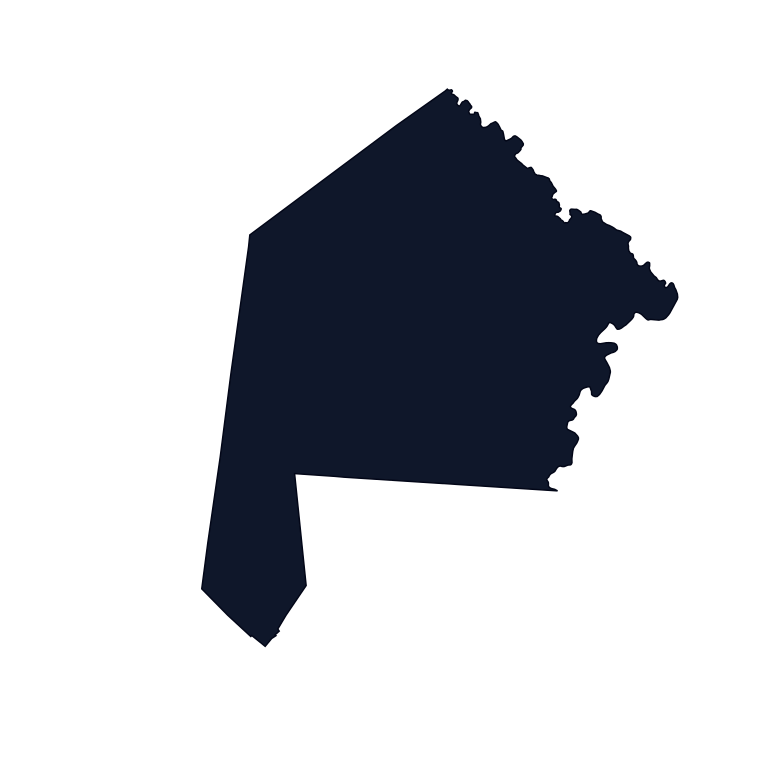 the district of Doctor Coss, Nuevo León, Mexico, rotated 133°
{"feature_id": "50627088B25752272792370", "entity_name": "Doctor Coss", "entity_type": "district", "adm_level": 2, "iso_a3": "MEX", "parent_name": "Mexico", "parent_adm1": "Nuevo León", "projection": "albers", "projection_center": [-99.12, 25.971], "detail": "fine", "context": "isolated", "style": "filled", "palette": "ink", "viewbox_px": 768, "rotation_deg": 133, "n_neighbors": 0, "source": "geoboundaries", "source_scale": "gbopen_adm2", "svg_char_len": 6159}
<svg xmlns="http://www.w3.org/2000/svg" viewBox="0 0 768 768"><g transform="rotate(133 384 384)"><path d="M120.5,483.3L124.1,483.6L126.3,484.3L126.8,484.6L128.8,486.3L129.2,487.6L129.0,489.4L128.7,490.0L128.3,490.6L126.5,491.8L124.3,494.4L123.3,497.6L122.8,498.2L121.7,500.4L121.8,500.7L122.7,501.8L123.2,502.8L123.6,502.9L124.1,502.5L124.6,502.3L125.3,502.3L125.8,502.5L126.7,503.6L128.0,504.9L128.0,505.8L127.2,507.6L126.5,508.3L124.4,508.6L122.4,508.4L121.6,508.8L121.2,509.4L121.1,510.8L120.6,512.3L120.4,514.1L120.1,515.1L120.1,516.5L120.5,517.2L121.0,518.0L122.6,518.2L124.3,519.0L125.3,518.9L128.1,518.3L129.0,518.3L129.5,518.6L129.7,519.1L129.8,520.6L129.6,521.6L129.3,522.0L128.8,522.4L128.2,522.8L126.3,523.4L125.4,523.9L124.8,524.5L124.5,525.2L124.8,527.4L124.8,530.1L125.5,531.7L125.6,532.2L125.6,532.9L125.5,533.2L125.1,533.4L123.7,533.4L123.2,533.6L122.9,534.1L122.8,535.0L122.9,535.4L124.3,536.3L124.7,536.8L125.2,537.8L125.2,538.8L128.2,539.1L186.5,551.2L366.5,583.8L376.0,576.6L480.3,503.4L548.8,454.2L620.5,404.4L658.1,377.6L659.7,340.3L659.5,309.2L658.1,309.2L656.9,292.0L646.7,292.6L641.8,291.4L641.9,292.6L636.2,292.1L635.6,294.6L619.8,298.0L584.5,303.5L510.5,388.3L485.0,356.9L479.4,349.7L343.8,184.2L344.6,187.3L346.0,189.8L346.5,190.9L346.8,192.2L346.8,192.7L346.7,193.6L346.2,194.5L344.4,196.1L343.8,196.9L343.1,199.6L342.2,200.2L341.7,200.3L339.4,200.2L338.3,200.7L336.6,200.8L335.7,200.7L332.7,199.7L331.3,199.5L328.0,200.2L325.7,200.2L324.7,199.8L323.7,199.1L322.9,197.5L322.0,196.4L321.3,195.8L317.9,194.2L316.0,192.5L315.3,192.3L314.5,192.4L313.3,192.9L310.8,195.4L309.8,196.2L304.6,200.0L301.7,201.7L298.9,202.3L296.0,202.7L294.3,203.2L292.2,204.0L291.6,204.3L290.7,205.2L290.1,206.7L289.7,211.0L290.2,212.9L292.0,218.7L292.0,219.1L291.6,220.2L290.6,221.2L286.8,223.5L286.0,223.7L284.9,223.6L284.0,223.2L282.0,221.8L281.3,221.6L280.5,221.5L278.8,221.9L276.5,221.9L275.4,222.3L274.8,222.7L273.7,224.1L273.1,225.1L272.8,226.0L272.7,226.7L272.8,227.6L273.6,229.6L273.9,230.9L273.6,232.0L273.3,232.4L272.6,232.7L271.3,232.8L268.7,232.7L267.0,233.0L262.9,232.8L261.6,233.0L258.9,233.8L255.8,235.4L254.3,235.8L252.3,235.6L251.5,235.4L250.0,234.7L247.5,233.3L245.9,231.9L245.8,231.4L246.0,230.8L247.8,227.3L250.0,225.0L250.2,223.8L249.9,222.8L249.6,221.8L249.0,220.8L248.2,220.0L247.7,219.6L245.4,219.3L244.1,219.3L240.2,219.9L234.3,221.5L230.9,221.7L229.3,222.0L227.0,223.0L221.0,226.5L220.1,227.4L218.2,230.4L216.5,235.1L215.2,239.4L214.6,240.4L214.1,240.8L212.7,241.1L210.9,240.8L206.4,239.1L204.3,237.8L202.5,237.1L200.1,237.0L199.2,237.3L197.9,238.5L196.9,240.5L196.8,241.8L197.2,243.5L198.8,245.8L200.4,247.7L202.3,249.6L207.0,253.2L208.1,254.7L208.5,255.6L208.5,256.4L208.1,257.5L206.9,258.7L205.4,259.6L203.5,260.1L201.8,260.5L198.5,260.6L192.8,260.2L191.1,260.2L189.3,260.4L186.3,261.2L185.3,261.0L184.8,260.6L184.6,260.1L184.0,258.2L183.8,256.6L183.9,255.0L184.4,253.3L184.8,251.3L184.8,250.8L184.1,250.0L183.4,249.4L182.3,248.9L181.1,248.5L177.7,247.9L175.9,247.4L169.2,247.0L167.0,247.0L165.1,247.3L164.1,247.7L162.7,248.8L161.8,249.1L160.6,249.1L159.7,248.7L159.0,247.9L158.1,246.1L157.6,244.2L157.4,243.0L157.5,237.2L157.3,235.1L157.0,234.6L156.6,234.1L155.7,233.7L154.8,232.9L149.7,226.4L148.6,225.7L146.7,224.1L145.4,223.5L143.4,223.0L139.4,223.1L137.1,223.4L122.0,227.3L120.3,228.3L118.1,230.8L115.9,235.1L115.3,237.1L113.9,239.6L113.4,241.1L113.6,242.2L113.8,242.6L114.5,243.1L115.9,243.3L119.7,242.7L121.3,243.5L121.6,243.9L121.4,245.3L121.0,245.9L119.9,246.6L118.6,246.6L118.1,246.9L117.4,248.2L117.2,249.5L117.4,250.1L117.7,250.5L120.1,251.9L120.6,252.4L121.1,253.3L121.2,254.9L120.5,257.5L120.8,260.3L120.1,265.5L119.0,268.0L118.3,269.1L116.4,270.3L114.6,272.0L114.3,272.5L114.5,273.3L114.8,274.0L115.6,274.6L117.4,274.9L119.8,275.0L120.8,275.3L121.8,275.8L122.8,276.7L123.6,277.8L123.9,278.5L124.0,279.6L123.6,280.9L122.6,282.1L122.1,283.4L121.8,285.0L121.8,286.9L121.5,287.6L119.8,289.6L119.4,290.5L119.5,291.3L120.2,292.7L120.3,293.2L119.6,295.9L117.7,298.2L117.1,298.6L116.3,299.4L115.2,301.0L114.6,301.5L114.0,301.9L113.1,302.1L112.1,302.3L110.9,302.2L110.0,302.4L108.9,303.2L108.5,303.6L108.3,304.1L108.4,305.7L110.3,312.7L110.8,315.2L112.5,318.4L112.8,319.1L113.1,322.3L113.5,324.2L114.5,327.6L115.2,329.1L115.7,330.7L116.0,332.7L116.3,333.9L116.3,334.5L116.2,335.2L114.9,338.1L113.6,339.2L113.0,340.5L113.0,341.5L113.7,343.4L114.5,346.8L116.3,351.0L116.9,351.4L119.2,351.3L119.9,351.4L122.8,353.1L124.7,354.6L124.8,355.0L124.7,355.9L124.0,357.4L124.3,360.3L124.6,361.6L124.9,362.3L126.2,363.6L128.2,366.1L128.7,366.5L129.7,366.6L130.3,366.5L130.6,366.3L132.2,364.3L133.1,363.6L133.1,362.9L132.9,362.2L133.0,361.5L133.8,360.7L134.5,360.4L135.4,360.2L137.5,360.2L138.2,359.8L139.8,359.5L141.1,359.8L142.2,361.3L142.9,361.5L143.1,361.8L143.2,362.5L142.9,363.9L142.9,365.1L143.3,366.3L142.9,367.7L143.0,371.2L143.4,372.1L144.4,373.4L144.3,374.0L143.9,374.4L142.5,375.0L141.6,375.1L140.9,375.0L139.5,373.7L137.3,373.1L136.3,373.3L135.1,373.8L134.9,374.3L135.2,375.5L135.0,376.5L134.3,377.3L133.5,377.7L132.2,379.7L132.2,380.8L132.7,381.9L131.9,383.6L131.9,384.4L132.3,385.1L133.2,385.6L133.8,386.2L133.9,387.0L133.8,388.1L133.4,388.6L132.4,388.8L131.0,389.5L130.0,389.9L127.4,389.7L125.6,389.3L125.0,389.8L124.5,391.5L124.0,395.3L122.6,399.0L122.3,401.4L121.3,403.0L121.4,404.7L121.8,405.3L123.7,410.0L124.9,411.6L125.8,413.2L126.8,414.1L127.0,415.3L127.4,416.3L127.4,416.7L126.5,419.6L126.0,420.3L125.7,421.0L125.2,423.7L125.3,424.2L125.9,424.7L126.9,425.3L128.1,425.8L128.3,425.9L128.6,426.4L129.1,431.9L128.9,433.8L129.1,435.2L129.4,439.2L129.3,440.2L128.9,441.6L128.8,443.0L128.3,444.0L127.4,444.4L126.1,444.6L125.1,444.5L124.1,443.9L123.2,443.7L120.2,443.7L119.0,443.9L117.8,444.9L114.4,445.1L113.4,445.8L113.2,446.2L112.5,448.5L112.2,450.4L112.6,455.4L113.0,457.1L113.3,457.5L114.0,458.0L114.9,458.3L117.3,458.3L118.9,458.8L122.6,460.3L122.9,460.5L123.2,461.2L123.2,461.8L122.9,462.8L119.7,467.1L118.2,469.4L118.1,469.9L118.5,471.4L118.4,471.7L117.3,474.5L116.2,477.7L116.1,478.9L116.0,480.1L116.2,481.3L117.0,481.8L119.7,482.8L120.5,483.3Z" fill="#0f172a" stroke="#020617" stroke-width="1.5"/></g></svg>